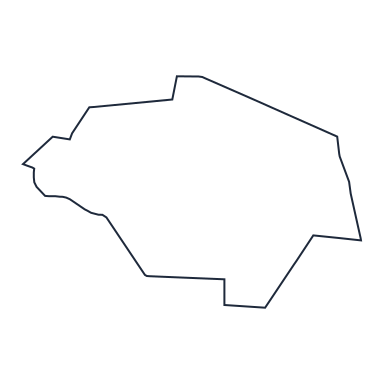 Inhuma, Piauí, Brazil
{"feature_id": "56859067B78283930257565", "entity_name": "Inhuma", "entity_type": "district", "adm_level": 2, "iso_a3": "BRA", "parent_name": "Brazil", "parent_adm1": "Piauí", "projection": "mercator", "projection_center": [-41.736, -6.681], "detail": "fine", "context": "isolated", "style": "outline", "palette": "slate", "viewbox_px": 384, "rotation_deg": 0, "n_neighbors": 0, "source": "geoboundaries", "source_scale": "gbopen_adm2", "svg_char_len": 756}
<svg xmlns="http://www.w3.org/2000/svg" viewBox="0 0 384 384"><path d="M202.3,77.0L198.7,76.5L176.9,76.3L172.3,99.5L93.7,107.0L89.3,107.3L72.1,133.3L69.8,139.4L52.7,136.7L23.0,164.1L27.2,165.7L32.3,167.5L34.2,168.6L33.8,172.4L33.8,177.4L34.3,182.3L36.6,186.9L45.1,195.9L49.0,196.2L55.3,196.2L59.7,196.7L62.7,196.8L66.2,197.6L69.8,199.2L84.8,209.4L87.4,210.7L91.1,212.8L98.4,214.7L102.4,214.8L106.4,217.4L144.9,274.9L146.8,276.0L149.4,276.2L166.0,276.9L224.4,279.3L224.4,305.0L265.1,307.7L277.6,289.0L280.8,284.2L294.1,264.3L296.2,261.3L313.3,235.4L339.8,238.1L361.0,240.4L360.6,238.0L357.8,225.5L350.7,193.6L349.1,181.8L339.7,156.5L339.2,153.8L337.2,136.6L288.7,115.1L253.6,99.5L205.6,78.5L202.3,77.0Z" fill="none" stroke="#1e293b" stroke-width="2"/></svg>